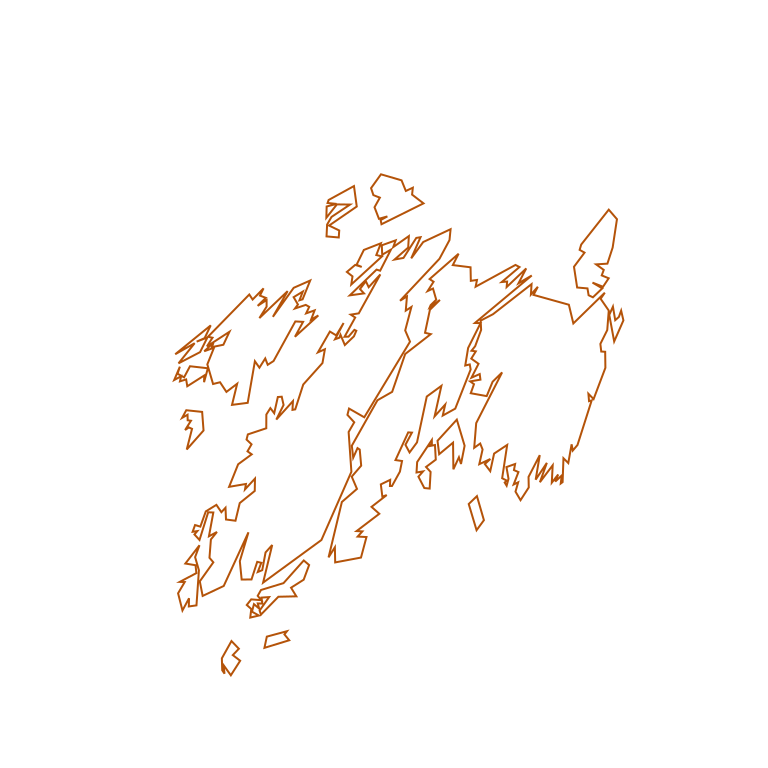 Vikna nor, Nord-Trøndelag, Norway, rotated 333°
{"feature_id": "86288312B81438149454650", "entity_name": "Vikna nor", "entity_type": "district", "adm_level": 2, "iso_a3": "NOR", "parent_name": "Norway", "parent_adm1": "Nord-Trøndelag", "projection": "albers", "projection_center": [10.974, 64.92], "detail": "fine", "context": "isolated", "style": "outline", "palette": "amber", "viewbox_px": 768, "rotation_deg": 333, "n_neighbors": 0, "source": "geoboundaries", "source_scale": "gbopen_adm2", "svg_char_len": 6184}
<svg xmlns="http://www.w3.org/2000/svg" viewBox="0 0 768 768"><g transform="rotate(333 384 384)"><path d="M454.4,266.2L459.6,261.3L445.0,259.4L441.1,268.0L451.2,267.4L432.0,281.3L429.3,278.7L393.8,289.5L407.3,294.2L405.7,288.5L414.5,284.2L414.3,290.8L430.5,284.7L393.6,309.6L385.9,307.1L388.5,311.7L370.3,324.0L373.9,325.7L382.2,322.3L383.5,324.0L378.8,327.9L366.8,331.5L367.6,320.3L365.3,322.5L360.7,321.9L375.7,311.3L363.5,319.0L359.6,312.7L339.5,325.8L347.1,326.2L338.7,337.4L311.8,347.8L293.4,366.3L290.7,365.5L295.1,357.9L271.9,366.8L285.0,357.1L287.1,348.9L283.5,347.4L272.9,360.2L271.8,353.9L265.3,357.8L259.0,370.0L239.8,367.1L236.3,371.1L238.6,377.6L231.8,382.0L234.2,386.6L217.6,389.3L199.3,405.3L215.6,410.4L212.3,414.8L226.1,409.7L220.3,420.6L201.4,424.6L189.6,438.4L181.7,433.0L186.6,422.3L180.9,424.4L179.8,415.6L167.4,416.6L155.6,427.7L151.6,423.9L146.4,428.8L150.9,430.3L146.8,432.0L148.8,439.2L169.1,418.5L173.6,421.0L158.9,440.2L168.0,440.0L159.2,443.9L149.6,459.6L151.0,465.4L130.3,476.2L126.2,490.5L149.5,491.2L195.9,454.6L175.1,476.4L168.4,493.6L177.2,498.0L190.3,484.9L193.5,487.6L186.2,494.2L191.0,494.6L202.0,480.3L211.3,476.7L186.1,506.1L257.4,494.6L315.1,447.4L330.7,410.7L340.1,404.6L337.4,394.9L341.7,390.0L351.3,404.7L426.4,358.1L427.2,345.9L443.4,327.8L436.7,328.5L444.2,316.4L436.1,317.1L490.3,297.6L507.7,285.5L513.6,276.3L483.4,275.3L465.3,284.4L483.2,269.8L479.1,268.5L458.6,280.5L449.9,277.9L467.5,273.4L473.3,263.5L454.4,266.2ZM560.8,362.0L512.8,371.3L498.9,371.4L495.1,379.9L482.4,391.7L477.1,394.1L480.6,396.6L473.3,401.0L477.4,408.9L464.8,418.1L473.8,418.6L471.9,423.9L462.0,420.8L464.1,425.0L457.1,431.6L470.0,441.4L481.8,431.3L494.5,427.3L448.4,460.7L435.4,481.8L442.7,480.7L442.1,487.1L432.5,498.7L444.7,499.1L437.5,501.1L439.1,509.9L450.5,496.0L466.1,494.2L446.5,521.6L449.5,525.8L446.8,526.6L447.1,530.3L451.9,525.0L455.4,513.6L464.5,514.8L460.7,519.7L463.8,523.5L453.9,532.4L458.9,532.5L452.3,539.6L452.9,549.5L466.0,541.9L470.6,532.4L490.5,518.1L475.7,538.1L493.3,528.2L478.3,542.3L497.4,533.0L488.7,548.1L498.1,543.7L492.3,548.7L500.8,546.2L496.3,552.9L498.6,552.5L510.2,531.6L512.3,538.1L523.8,522.9L522.0,529.0L528.7,526.2L561.6,492.9L558.9,492.4L561.7,485.5L563.9,492.6L588.6,470.1L595.7,455.7L592.3,453.7L595.0,446.5L607.4,437.3L617.6,420.6L615.7,406.4L622.2,402.9L580.2,416.0L584.7,397.3L557.7,372.5L565.2,367.2L555.5,371.0L560.8,362.0ZM509.6,301.8L472.3,311.2L474.6,315.4L465.1,321.0L471.0,321.2L468.8,332.6L461.4,334.9L459.6,336.4L472.0,334.5L458.6,338.7L443.8,357.0L448.3,360.8L416.5,366.9L387.7,394.7L370.8,395.5L327.3,424.4L323.1,435.7L331.3,429.1L332.6,431.4L326.6,446.4L313.2,451.9L312.3,465.2L292.9,470.0L255.9,513.3L266.1,507.2L259.5,520.8L284.7,528.2L298.9,512.4L291.3,508.0L297.8,505.5L292.8,502.6L320.9,497.5L317.1,487.8L336.0,484.2L331.4,483.6L335.6,472.0L346.0,472.2L343.0,477.6L344.8,478.5L358.4,469.3L365.1,460.8L359.7,457.0L383.6,438.1L386.8,440.0L375.5,447.9L375.7,456.6L386.9,451.0L416.4,414.6L434.3,411.7L414.4,435.8L429.2,430.1L422.0,438.8L436.3,438.3L467.8,410.4L469.3,405.5L464.8,404.4L475.3,390.1L497.7,373.6L492.7,370.9L564.9,354.4L549.6,355.3L563.2,345.6L537.3,353.3L540.2,348.6L535.2,346.6L557.8,341.3L555.2,337.6L509.8,338.9L514.1,333.5L508.2,331.5L514.1,319.3L499.3,309.3L509.6,301.8ZM304.6,243.1L248.6,262.0L252.2,264.9L243.3,270.1L270.0,267.3L258.7,276.1L247.4,273.0L250.7,269.9L238.7,273.2L249.0,274.5L235.5,286.3L231.7,306.4L238.7,308.0L240.0,319.5L253.3,317.1L239.1,333.6L254.0,338.9L279.3,305.1L280.4,312.9L289.8,307.3L289.1,314.1L296.0,313.4L333.4,288.0L340.1,291.9L326.1,301.5L356.6,293.1L348.3,293.5L355.6,286.9L346.7,285.7L352.4,281.3L350.2,278.0L339.0,276.3L343.4,274.1L342.9,265.6L353.6,264.8L346.7,271.0L349.9,271.6L365.2,258.3L347.2,257.3L315.5,273.7L340.3,257.5L302.9,268.7L314.5,261.8L317.5,255.9L306.9,257.0L317.8,253.6L313.6,248.9L320.1,244.1L305.3,249.1L304.6,243.1ZM663.4,330.7L623.0,349.3L619.2,353.3L622.3,358.0L606.5,365.8L599.9,385.7L608.7,391.2L606.6,397.8L609.5,401.6L621.9,397.9L615.8,388.3L623.3,396.8L632.2,391.8L627.3,386.1L631.6,382.1L627.3,373.7L637.7,378.2L649.7,366.2L666.4,342.9L663.4,330.7ZM476.5,195.8L461.4,203.6L460.3,210.9L464.9,216.1L455.8,222.2L454.5,234.5L463.1,236.2L455.4,236.4L454.3,240.5L501.2,241.0L495.0,228.0L498.8,222.2L491.1,221.9L492.1,210.5L476.5,195.8ZM232.4,504.8L204.1,515.8L180.9,511.7L175.3,515.4L176.5,520.9L167.9,515.6L161.4,518.6L163.6,524.2L158.8,531.4L167.4,533.5L163.0,526.9L168.2,521.1L170.8,527.4L171.9,522.2L175.9,524.4L177.9,518.7L184.9,521.7L170.3,529.4L169.7,533.6L193.3,525.6L209.5,533.4L208.7,523.3L223.6,521.9L235.1,511.3L232.4,504.8ZM447.1,194.0L418.2,194.9L415.9,197.1L423.5,202.0L413.5,199.8L408.1,209.7L423.6,202.6L435.2,208.7L413.1,211.3L405.7,216.1L399.8,226.4L410.2,232.9L413.8,226.9L407.0,217.9L440.3,213.5L447.1,194.0ZM137.1,452.5L146.4,443.9L125.5,453.8L133.8,459.9L131.0,467.3L112.2,467.6L116.5,470.0L105.5,477.0L101.6,494.3L113.0,486.4L109.1,493.6L116.4,496.1L134.5,466.0L137.1,452.5ZM432.7,448.8L405.9,458.9L401.3,471.6L418.9,467.6L407.1,491.5L417.5,483.3L416.3,490.2L427.8,475.6L432.7,448.8ZM426.9,255.4L413.7,265.3L417.3,269.6L412.4,264.8L401.8,267.3L404.8,273.8L400.0,280.5L440.1,269.4L435.7,265.6L445.1,257.2L426.9,255.4ZM195.9,317.6L188.8,322.5L195.0,322.2L192.6,327.2L195.3,329.1L185.9,334.7L190.4,334.1L192.6,336.8L178.5,352.8L202.1,343.5L209.3,326.3L195.9,317.6ZM256.2,253.1L211.5,262.7L233.8,261.7L210.3,272.3L234.6,272.1L247.7,262.4L236.3,261.2L245.0,261.7L256.2,253.1ZM396.4,460.0L399.4,459.2L401.2,455.6L378.1,468.6L372.8,477.6L379.1,479.6L372.6,482.2L372.7,495.0L377.2,497.9L385.6,483.5L383.8,477.0L395.8,474.9L401.7,461.5L396.4,460.0ZM210.0,275.9L198.9,285.2L206.7,285.0L203.4,289.0L209.8,290.1L207.7,296.7L227.7,294.8L224.5,300.7L234.2,290.0L219.2,280.1L208.9,287.3L204.7,281.1L210.0,275.9ZM131.4,543.8L115.0,554.8L109.9,565.6L110.4,569.7L113.4,561.6L115.3,574.0L130.2,565.3L126.2,556.9L134.5,554.0L131.4,543.8ZM185.3,560.2L164.9,555.9L157.7,564.8L183.2,569.3L181.6,561.9L185.3,560.2ZM415.9,526.1L405.0,529.4L400.1,556.3L411.2,550.7L415.9,526.1ZM628.6,426.3L623.7,430.9L619.0,432.1L623.1,419.0L616.1,424.7L608.4,450.6L626.2,436.0L628.6,426.3Z" fill="none" stroke="#b45309" stroke-width="2"/></g></svg>